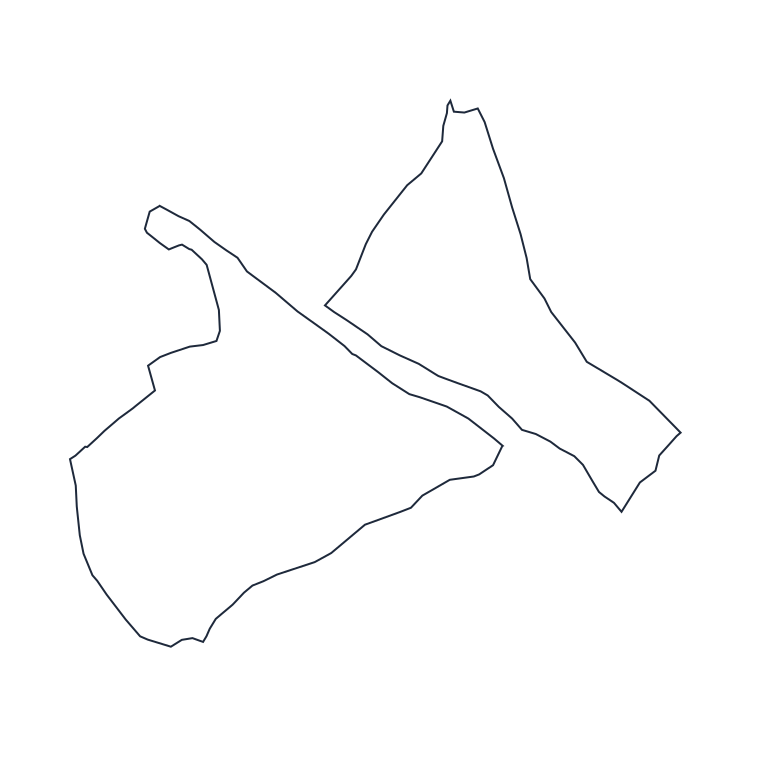 Luxor, Qina, Egypt, rotated 98°
{"feature_id": "37247803B96963536963151", "entity_name": "Luxor", "entity_type": "district", "adm_level": 2, "iso_a3": "EGY", "parent_name": "Egypt", "parent_adm1": "Qina", "projection": "mercator", "projection_center": [32.656, 25.722], "detail": "fine", "context": "isolated", "style": "outline", "palette": "slate", "viewbox_px": 768, "rotation_deg": 98, "n_neighbors": 0, "source": "geoboundaries", "source_scale": "gbopen_adm2", "svg_char_len": 2116}
<svg xmlns="http://www.w3.org/2000/svg" viewBox="0 0 768 768"><g transform="rotate(98 384 384)"><path d="M664.6,527.3L658.5,524.7L650.6,522.5L640.0,517.9L634.5,513.0L623.6,503.2L610.1,493.6L601.9,486.2L596.1,476.0L587.6,463.5L579.9,447.9L570.0,427.8L558.8,412.8L536.9,393.1L526.0,383.3L508.5,350.3L504.7,343.5L502.8,340.1L489.2,330.5L469.7,305.5L463.1,282.2L460.3,277.2L449.2,264.7L428.9,258.2L428.7,257.9L422.6,267.5L406.5,295.6L397.6,318.7L395.9,327.3L392.1,346.8L390.5,357.5L382.1,376.0L373.2,391.2L359.6,415.8L358.7,419.6L351.9,428.4L341.9,445.8L336.8,455.5L324.2,479.7L308.8,503.9L295.0,529.2L291.6,535.4L279.4,546.6L273.6,558.7L266.9,571.8L256.9,587.3L249.7,599.4L246.4,610.8L241.6,623.4L238.8,631.0L239.1,631.2L245.9,640.0L258.3,641.7L263.6,642.4L267.2,639.8L270.3,634.5L275.6,625.6L280.7,615.8L277.8,610.8L275.2,606.2L274.1,603.4L277.5,595.6L277.8,593.2L285.8,581.7L290.7,576.2L326.2,561.0L333.7,557.8L354.2,553.9L364.7,555.9L370.6,568.6L374.0,581.5L382.8,599.3L388.5,609.5L398.7,620.2L422.3,609.9L440.7,627.2L442.8,629.1L446.9,633.3L455.0,641.7L457.4,643.8L469.3,654.3L477.5,660.7L487.7,669.1L487.7,671.2L497.9,679.6L502.1,684.5L527.5,675.1L548.0,671.2L551.7,670.3L576.1,664.2L593.9,657.9L614.0,646.1L618.8,640.6L631.2,629.3L653.2,607.0L667.8,590.4L670.0,582.4L673.8,558.5L665.5,548.6L662.3,538.3L664.6,527.3ZM477.5,131.0L445.9,116.9L432.1,103.1L416.5,101.5L405.7,94.2L394.9,87.0L390.9,83.5L363.7,118.8L349.8,148.5L347.5,153.7L333.8,186.3L316.4,200.5L289.5,228.4L277.0,237.0L259.8,253.8L239.4,260.3L216.6,269.6L191.3,281.7L163.5,293.9L135.8,308.8L110.6,320.8L98.1,329.5L104.0,342.2L104.6,352.7L94.2,357.7L99.3,359.9L107.0,359.4L120.1,361.2L135.6,360.2L170.3,376.4L183.9,388.7L216.2,407.7L234.9,417.0L248.1,421.5L274.4,427.7L281.6,431.5L314.4,453.4L319.8,443.2L325.6,430.6L337.1,407.2L346.9,391.9L353.5,372.2L359.2,352.4L367.0,334.8L368.5,331.3L370.0,324.6L372.9,311.1L377.8,287.3L380.9,279.7L390.7,267.1L400.4,252.3L410.2,241.0L412.4,226.7L417.9,211.2L423.5,201.0L429.0,185.5L436.4,175.7L451.2,164.0L461.0,156.1L464.7,150.0L469.7,139.7L477.5,131.0Z" fill="none" stroke="#1e293b" stroke-width="2"/></g></svg>